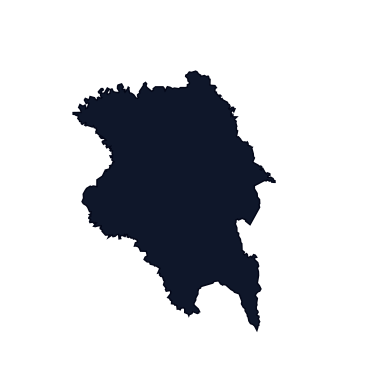 Caçapava do Sul, Rio Grande do Sul, Brazil (Mercator projection), rotated 133°
{"feature_id": "56859067B31876797610836", "entity_name": "Caçapava do Sul", "entity_type": "district", "adm_level": 2, "iso_a3": "BRA", "parent_name": "Brazil", "parent_adm1": "Rio Grande do Sul", "projection": "mercator", "projection_center": [-53.469, -30.552], "detail": "fine", "context": "isolated", "style": "filled", "palette": "ink", "viewbox_px": 384, "rotation_deg": 133, "n_neighbors": 0, "source": "geoboundaries", "source_scale": "gbopen_adm2", "svg_char_len": 6116}
<svg xmlns="http://www.w3.org/2000/svg" viewBox="0 0 384 384"><g transform="rotate(133 192 192)"><path d="M207.5,332.5L207.5,330.9L208.5,328.2L209.6,327.5L215.0,333.1L216.2,331.9L215.2,330.6L214.9,328.8L213.5,328.2L215.0,326.0L216.1,325.6L216.3,323.2L217.0,322.3L216.2,321.0L217.4,319.6L217.4,318.5L213.9,317.4L213.8,316.3L216.2,316.1L216.0,314.9L214.6,314.1L212.4,309.3L210.8,309.2L211.6,307.5L210.8,305.9L211.6,303.9L213.2,303.6L214.4,302.3L213.4,301.7L213.7,299.5L213.1,296.5L214.3,297.2L214.6,295.0L213.5,293.7L212.8,294.4L212.7,290.4L215.8,292.0L216.6,291.8L217.4,289.3L216.6,289.1L215.6,287.5L215.7,286.4L217.2,285.9L217.8,284.6L214.2,282.6L216.2,282.0L215.6,280.7L216.5,280.2L217.4,280.5L217.5,279.5L216.2,278.3L218.1,276.9L219.0,275.3L220.7,275.4L221.4,276.5L222.2,274.9L220.9,273.9L223.2,272.4L223.1,269.6L224.5,270.0L226.8,268.9L228.8,270.0L229.0,268.8L230.0,269.1L231.0,268.2L231.8,268.3L234.9,270.2L235.3,269.0L236.1,270.0L241.5,268.3L247.9,269.8L252.9,265.2L255.0,268.3L256.8,269.2L257.2,270.4L261.5,271.6L262.2,271.0L263.0,271.3L267.7,270.1L270.4,267.1L274.0,265.8L274.6,263.5L273.9,260.2L274.3,257.7L276.2,253.5L275.3,252.2L277.3,250.9L278.5,251.7L278.6,249.7L280.8,250.1L281.6,249.5L281.2,247.5L283.4,246.8L283.9,245.8L281.7,244.0L281.8,242.2L280.5,242.0L279.8,240.8L284.1,240.6L283.3,239.2L280.5,237.4L278.6,235.3L279.3,234.6L280.5,234.8L281.4,234.1L280.9,231.7L282.0,231.0L282.5,225.9L279.7,223.1L282.4,222.2L277.9,221.2L278.5,219.3L276.8,218.1L274.5,217.9L273.0,216.7L276.0,213.4L274.7,212.4L274.1,213.6L272.5,214.4L271.0,213.0L270.6,211.4L269.3,212.2L269.5,210.4L267.9,211.2L267.1,210.2L268.9,208.4L268.5,207.5L267.1,207.1L267.2,205.1L265.9,204.0L266.3,202.7L265.1,201.9L264.6,199.2L265.7,197.7L267.8,198.7L270.8,197.2L269.6,196.1L268.7,194.0L269.0,192.1L270.3,189.3L266.5,185.0L269.1,181.1L271.6,181.8L274.0,181.0L273.7,177.2L272.1,175.2L273.2,173.3L271.3,170.0L271.6,169.0L270.5,167.9L269.7,163.4L274.6,161.7L273.5,161.0L273.7,159.6L274.8,159.2L275.0,157.4L274.0,155.8L276.0,152.3L275.7,151.3L279.3,149.5L279.9,145.4L281.4,144.9L282.1,143.2L279.1,141.0L279.3,139.5L281.2,138.2L285.7,137.8L285.1,136.0L285.8,134.1L285.3,132.7L287.6,130.8L286.2,128.8L286.4,127.3L285.6,126.7L285.5,125.6L287.7,122.9L287.0,122.5L286.1,120.3L284.7,120.9L282.3,119.3L282.5,117.5L285.1,115.1L283.8,111.7L284.6,110.0L283.7,110.4L280.9,109.2L278.9,109.9L277.2,105.3L275.9,104.7L275.2,105.4L274.4,104.8L273.3,107.7L273.3,113.4L272.1,114.7L268.5,115.6L267.0,117.0L262.6,118.1L260.8,119.8L258.5,121.1L256.4,120.3L255.0,121.0L244.4,114.7L242.3,114.9L238.8,112.0L239.7,108.5L239.1,106.1L238.2,106.0L236.9,103.9L236.7,96.9L236.0,94.1L236.3,92.6L234.3,88.1L237.9,80.9L240.1,79.5L241.3,75.8L241.1,73.6L242.7,72.0L243.7,68.3L245.0,66.8L245.2,65.6L247.5,62.4L248.3,59.5L247.3,57.0L247.3,54.8L248.9,50.2L246.2,51.5L245.9,52.5L244.1,52.1L242.6,53.6L240.7,54.1L239.6,57.1L238.0,57.5L237.2,58.4L237.7,59.5L237.6,61.1L234.8,61.7L234.2,62.9L234.2,64.6L232.2,66.8L230.3,67.5L229.2,69.0L225.2,71.7L224.8,74.9L222.8,75.8L220.2,75.8L218.3,74.9L215.9,75.5L214.6,78.8L214.1,82.1L207.7,86.4L204.9,89.2L203.0,92.4L200.8,92.7L198.8,95.8L198.8,99.6L198.4,101.0L197.6,101.3L195.6,100.2L195.1,102.7L195.8,104.2L199.2,103.5L198.9,105.1L201.5,106.0L201.5,107.2L200.0,108.9L199.9,110.1L202.0,110.7L202.1,112.2L200.3,112.7L200.5,115.7L195.8,120.4L195.7,121.8L193.5,124.5L192.5,128.0L190.4,129.7L190.7,131.9L187.6,134.8L185.8,138.7L184.1,139.3L182.6,140.8L180.6,140.1L180.6,138.9L177.0,137.3L175.8,133.9L176.7,132.9L176.3,127.3L157.2,132.1L155.5,134.4L154.3,134.6L151.5,137.5L151.1,140.8L148.6,143.5L147.2,148.5L144.9,150.7L134.2,146.9L133.2,145.3L131.8,145.2L131.2,142.8L129.8,142.2L130.4,140.5L129.2,138.9L128.3,137.9L127.2,139.0L127.7,140.3L126.9,141.9L127.5,144.6L128.4,144.9L129.5,146.7L128.6,147.5L126.5,146.5L125.6,147.6L126.6,149.9L128.0,150.2L127.9,152.1L126.6,156.0L128.5,156.2L128.9,157.3L126.9,157.2L126.1,158.0L126.1,159.3L127.1,159.1L127.3,162.0L128.6,167.1L128.2,168.3L124.5,169.6L124.2,171.2L122.2,173.4L119.3,178.1L118.2,178.4L118.8,179.2L118.5,180.2L119.6,182.7L118.1,184.4L117.7,185.8L118.8,185.9L119.3,187.5L120.3,187.9L121.0,190.6L120.3,192.4L120.0,195.7L120.9,196.2L120.7,197.6L116.2,200.4L116.6,201.3L114.7,203.6L113.5,204.0L111.6,207.1L110.1,208.0L110.4,209.7L109.7,210.6L106.5,210.4L109.1,213.3L107.7,214.7L110.0,215.1L109.1,216.1L107.6,216.4L107.6,217.7L104.6,218.4L104.8,216.2L101.9,217.3L102.7,218.1L101.8,219.4L102.9,220.5L106.1,221.0L106.1,222.1L103.5,222.5L102.7,224.3L103.1,225.7L102.3,227.3L103.6,232.1L103.2,233.7L104.3,233.9L103.4,237.0L102.0,236.3L102.0,237.6L103.4,238.4L103.3,241.7L102.4,242.2L103.1,243.8L100.5,245.8L99.1,245.3L98.6,247.8L101.1,250.9L101.4,252.1L97.3,255.7L97.7,257.2L96.6,258.0L96.3,259.2L97.9,260.2L98.3,262.3L101.5,264.4L100.7,265.3L101.3,268.0L100.7,269.9L101.1,271.7L104.9,273.9L106.1,275.8L109.1,275.5L110.7,276.2L111.8,275.5L111.8,272.5L113.5,270.6L113.4,269.0L114.1,268.1L115.0,267.7L116.7,268.5L118.3,266.9L120.2,268.0L123.5,271.6L125.4,272.0L128.0,275.7L129.8,276.7L130.3,279.2L131.8,281.8L136.4,280.7L135.0,283.6L134.9,284.9L140.0,290.4L142.9,290.8L144.0,289.6L145.9,290.2L146.3,296.0L146.0,297.9L143.8,299.0L143.6,300.7L145.9,301.2L147.3,300.1L154.2,299.0L155.3,297.7L158.0,298.1L159.0,297.1L159.3,295.6L160.8,295.8L161.5,297.1L160.7,300.8L161.1,303.5L161.9,304.8L161.7,305.9L159.7,308.6L158.7,309.1L158.8,310.1L160.5,309.4L164.7,309.1L164.4,310.2L162.9,311.0L164.4,313.0L163.8,313.7L162.1,313.8L161.0,317.2L164.2,319.0L165.3,318.6L167.1,317.1L167.8,314.0L169.3,313.4L171.3,315.9L172.3,318.0L171.2,320.7L172.0,321.3L173.0,321.4L175.3,319.4L178.0,319.9L178.1,321.0L177.1,322.0L173.2,322.8L173.7,324.8L179.5,323.5L181.4,325.5L180.9,326.5L179.9,326.9L177.8,326.5L177.3,327.8L178.3,328.9L182.5,328.8L183.0,328.0L182.4,326.0L183.9,324.5L184.5,322.3L185.5,322.4L186.5,325.1L187.7,325.3L188.5,324.2L189.8,324.1L190.1,326.0L189.6,327.6L191.7,331.6L193.9,330.5L195.9,330.6L195.5,331.6L196.3,333.8L198.1,333.4L199.4,329.7L197.9,329.0L197.5,327.9L201.8,325.8L203.5,326.6L202.3,327.6L201.4,329.5L203.7,330.2L204.4,333.6L207.5,332.5Z" fill="#0f172a" stroke="#020617" stroke-width="1.5"/></g></svg>